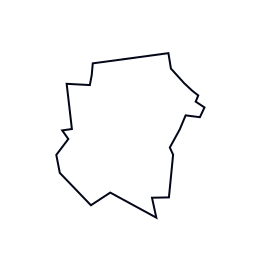 outline of Tepelenë, Gjirokastër, Albania, rotated 36°
{"feature_id": "67620474B25662331989090", "entity_name": "Tepelenë", "entity_type": "district", "adm_level": 2, "iso_a3": "ALB", "parent_name": "Albania", "parent_adm1": "Gjirokastër", "projection": "mercator", "projection_center": [19.977, 40.343], "detail": "fine", "context": "isolated", "style": "outline", "palette": "ink", "viewbox_px": 256, "rotation_deg": 36, "n_neighbors": 0, "source": "geoboundaries", "source_scale": "gbopen_adm2", "svg_char_len": 468}
<svg xmlns="http://www.w3.org/2000/svg" viewBox="0 0 256 256"><g transform="rotate(36 128 128)"><path d="M116.7,43.7L61.5,96.4L67.6,106.6L71.9,115.7L52.4,128.3L83.2,161.8L76.2,168.6L86.2,172.0L85.8,191.9L99.2,204.4L143.4,212.3L151.6,190.7L203.6,183.9L188.4,170.3L201.9,160.1L180.2,123.1L173.3,119.2L170.7,98.7L167.2,83.9L179.8,77.0L177.8,66.4L167.3,66.9L165.7,60.4L158.0,60.1L146.9,58.7L127.8,54.7L116.7,43.7Z" fill="none" stroke="#020617" stroke-width="2"/></g></svg>